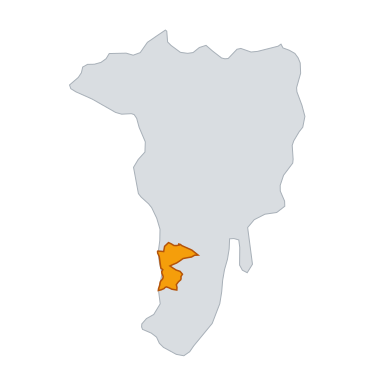 where San Pedro de Macorís sits in Dominican Republic, rotated 87°
{"feature_id": "DOM-1396", "entity_name": "San Pedro de Macorís", "entity_type": "Province", "adm_level": 1, "iso_a3": "DOM", "parent_name": "Dominican Republic", "parent_adm1": "", "projection": "robinson", "projection_center": [-69.33, 18.599], "detail": "fine", "context": "in_parent", "style": "filled", "palette": "amber", "viewbox_px": 384, "rotation_deg": 87, "n_neighbors": 0, "source": "natural_earth", "source_scale": "10m", "svg_char_len": 2208}
<svg xmlns="http://www.w3.org/2000/svg" viewBox="0 0 384 384"><g transform="rotate(87 192 192)"><path d="M49.4,267.4L49.9,250.5L52.3,243.6L50.1,236.4L40.2,228.7L34.2,218.9L28.9,210.1L30.1,208.8L40.9,208.5L44.6,205.2L51.9,196.3L53.3,189.1L52.8,183.6L48.1,177.1L46.3,170.3L52.1,164.3L59.7,155.5L60.7,152.2L60.6,148.9L51.8,139.6L51.2,135.7L55.3,125.7L55.0,119.1L50.9,98.4L49.0,95.4L52.9,93.6L55.5,87.5L59.0,82.0L63.6,79.0L68.8,77.2L79.1,77.3L93.3,82.1L97.4,82.0L111.1,77.7L122.4,75.3L133.1,78.0L137.4,81.8L146.2,87.7L150.7,89.5L164.6,89.3L168.4,89.9L180.1,99.7L190.0,103.6L195.7,103.8L206.0,100.0L211.1,100.1L216.9,108.5L218.0,120.4L222.9,131.3L230.4,138.3L267.3,135.4L275.5,141.1L272.7,145.8L267.5,148.3L249.9,147.2L242.3,147.8L240.7,152.5L240.7,156.9L250.9,157.9L261.0,160.1L271.2,163.6L281.7,166.0L293.4,167.6L305.0,170.1L324.3,178.7L345.6,198.2L351.3,202.6L355.1,208.7L353.3,216.2L345.7,228.6L341.4,232.5L335.1,235.0L330.8,240.0L326.6,248.6L324.1,249.4L321.1,249.0L316.0,244.1L312.3,236.6L302.0,229.6L289.8,230.5L271.8,226.3L260.8,228.3L249.9,228.8L238.8,226.7L227.5,225.9L216.3,228.6L205.5,233.1L201.5,236.0L194.5,243.0L190.8,245.6L164.3,249.1L156.7,244.0L149.6,236.9L139.5,236.0L124.7,241.4L115.5,243.4L111.7,245.7L110.6,248.4L110.6,258.2L108.5,264.2L94.0,286.8L85.9,302.7L82.5,307.6L78.7,308.7L71.6,299.5L67.1,296.2L61.5,294.6L59.1,289.7L59.3,282.8L57.8,276.1L54.4,270.8L49.4,267.4Z" fill="#d9dde1" stroke="#a8b0b8" stroke-width="1"/><path d="M288.6,230.8L286.9,230.5L283.0,229.0L281.2,228.7L279.7,228.2L277.1,225.8L275.2,225.2L273.4,225.6L271.7,226.3L269.9,226.4L268.1,225.2L266.3,227.1L254.7,228.1L251.2,229.5L249.4,229.5L249.2,229.3L249.5,226.6L250.0,223.4L244.8,222.2L241.3,218.1L242.7,215.4L244.5,212.8L244.7,210.3L244.3,207.7L243.8,207.9L243.3,207.9L243.8,206.3L245.0,205.0L250.0,195.2L255.3,189.2L255.3,192.7L256.9,195.9L257.4,200.2L258.0,204.4L260.1,207.7L262.1,211.1L263.3,214.5L264.7,217.9L267.2,214.6L269.1,211.9L270.6,208.1L273.6,205.8L274.8,206.7L276.0,207.5L277.5,207.4L279.0,207.8L281.1,210.4L283.7,212.5L286.5,212.0L289.1,212.3L288.6,214.7L288.0,217.3L286.5,219.9L285.4,222.6L286.0,224.0L287.0,225.0L288.1,228.0L288.6,230.8Z" fill="#f59e0b" stroke="#b45309" stroke-width="1.5"/></g></svg>